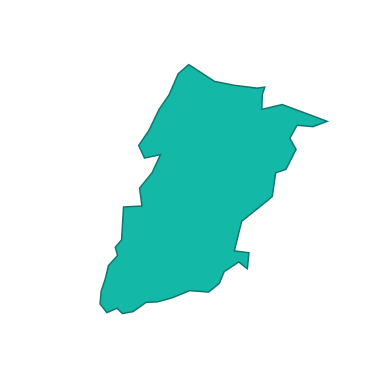 outline of Peristeronari, Cyprus, rotated 45°
{"feature_id": "46923920B2935108629033", "entity_name": "Peristeronari", "entity_type": "district", "adm_level": 2, "iso_a3": "CYP", "parent_name": "Cyprus", "parent_adm1": "", "projection": "albers", "projection_center": [32.861, 35.138], "detail": "fine", "context": "isolated", "style": "filled", "palette": "teal", "viewbox_px": 384, "rotation_deg": 45, "n_neighbors": 0, "source": "geoboundaries", "source_scale": "gbopen_adm2", "svg_char_len": 780}
<svg xmlns="http://www.w3.org/2000/svg" viewBox="0 0 384 384"><g transform="rotate(45 192 192)"><path d="M110.3,156.8L118.0,178.9L121.4,196.8L134.4,201.6L143.3,187.9L150.1,206.4L152.2,226.3L166.5,237.3L154.2,251.0L176.1,275.7L176.8,285.3L184.3,289.5L185.0,303.2L191.8,314.2L198.0,326.5L206.2,336.2L217.1,337.5L221.2,327.2L228.7,327.2L234.9,318.3L237.6,302.5L245.1,294.3L252.6,281.2L260.1,263.4L274.5,251.0L275.9,237.3L271.1,225.6L274.5,208.5L285.4,207.1L275.2,194.7L263.6,203.7L247.8,177.6L251.3,146.0L251.9,138.4L237.6,119.2L242.4,109.6L235.5,88.3L223.2,84.9L219.1,70.5L231.4,60.2L237.6,46.5L193.9,66.4L182.9,84.2L172.7,73.2L169.3,66.4L164.5,72.6L146.0,87.0L129.6,97.9L99.6,104.2L98.6,118.1L107.1,139.6L110.3,156.8Z" fill="#14b8a6" stroke="#0f766e" stroke-width="1.5"/></g></svg>